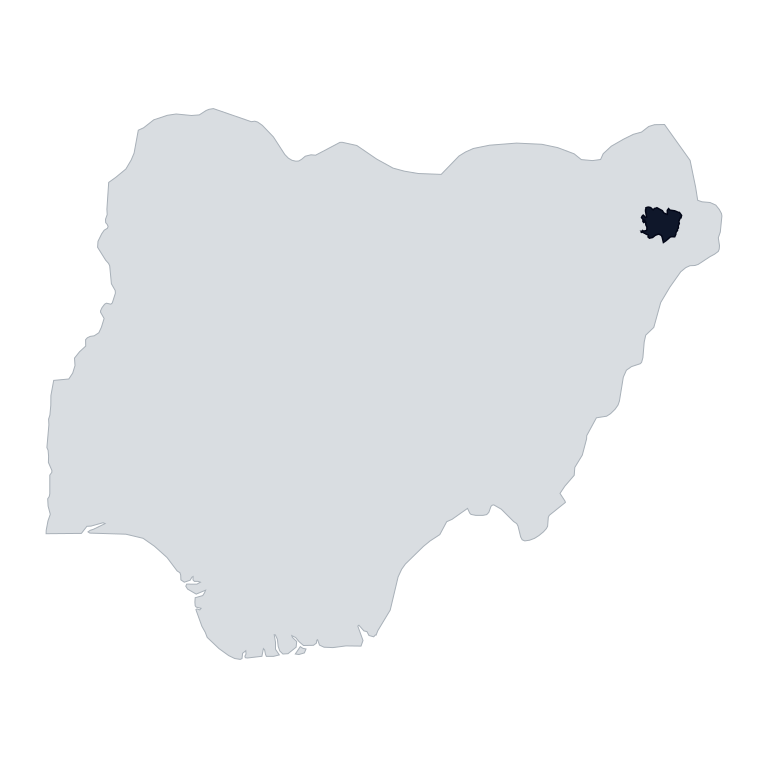 Mafa, Borno, Nigeria (highlighted)
{"feature_id": "59680162B20020413332718", "entity_name": "Mafa", "entity_type": "district", "adm_level": 2, "iso_a3": "NGA", "parent_name": "Nigeria", "parent_adm1": "Borno", "projection": "orthographic", "projection_center": [13.35, 11.959], "detail": "fine", "context": "in_parent", "style": "filled", "palette": "ink", "viewbox_px": 768, "rotation_deg": 0, "n_neighbors": 0, "source": "geoboundaries", "source_scale": "gbopen_adm2", "svg_char_len": 5614}
<svg xmlns="http://www.w3.org/2000/svg" viewBox="0 0 768 768"><path d="M664.5,124.5L690.1,160.4L695.6,187.1L697.7,200.3L702.0,201.8L710.0,202.5L715.8,205.1L719.3,209.5L721.5,213.6L721.9,216.0L720.3,232.0L718.3,237.8L719.5,245.7L719.2,249.1L718.3,251.4L714.7,254.1L709.9,256.7L698.2,264.4L694.9,265.5L690.0,265.7L685.8,267.6L680.7,271.8L669.9,287.1L660.7,302.5L653.8,327.4L645.7,335.2L644.2,342.1L642.9,357.6L641.6,362.3L640.3,363.7L631.5,366.6L626.4,370.2L623.3,377.2L619.4,401.1L618.0,405.1L615.1,409.2L610.5,413.7L606.6,416.2L596.4,417.8L586.7,435.7L586.6,438.8L582.3,455.1L574.8,467.4L574.2,475.3L564.9,486.1L560.0,493.4L565.0,501.1L565.4,502.4L549.3,515.3L548.3,517.3L547.6,526.3L546.3,528.7L543.4,531.9L539.0,535.5L534.6,538.3L529.6,540.2L524.8,540.9L522.2,539.8L520.7,537.0L518.0,526.0L516.7,523.6L513.6,521.5L501.3,509.2L493.8,504.9L492.2,505.2L491.0,506.3L488.8,512.4L486.7,514.6L482.8,515.4L475.9,515.4L471.0,514.4L469.8,513.2L467.5,508.4L452.1,519.3L446.7,521.7L439.8,534.6L430.0,541.0L423.3,546.5L405.4,564.0L401.7,569.2L398.1,576.9L390.2,610.1L377.8,630.7L376.1,635.1L375.4,634.9L373.7,636.8L369.0,635.5L366.9,631.6L363.9,630.9L358.9,625.2L357.8,626.1L363.0,640.5L361.0,646.1L345.9,645.9L332.9,647.6L324.0,647.2L319.5,645.1L317.6,639.7L316.8,640.2L316.4,643.1L313.5,645.3L303.5,645.5L299.1,641.7L295.6,637.5L291.8,635.6L292.4,637.4L296.7,641.5L296.1,647.2L288.0,653.7L282.9,654.0L279.8,651.0L278.2,646.3L277.4,639.3L275.3,634.8L274.2,634.7L275.5,642.3L275.5,649.3L279.3,654.9L273.4,656.4L266.4,656.4L265.5,654.4L264.6,649.9L263.4,648.6L261.9,656.3L247.4,658.0L245.3,657.7L244.9,656.2L246.0,654.1L245.8,650.7L242.6,653.3L242.0,658.6L240.2,659.4L234.7,658.5L228.7,655.6L219.0,648.6L207.2,637.4L205.3,632.4L201.9,626.3L195.9,609.6L197.0,608.9L199.8,609.9L201.1,608.3L196.2,607.1L195.2,605.8L194.9,602.1L195.2,597.7L202.7,595.6L204.5,592.9L205.6,590.2L196.2,594.1L187.6,589.1L185.8,586.2L186.7,584.1L196.8,584.2L200.4,582.2L198.2,581.4L194.4,581.4L193.0,579.9L193.1,576.5L191.9,577.2L190.2,580.2L184.3,582.2L180.9,579.9L180.7,575.0L179.9,572.7L177.1,570.9L167.0,557.5L154.4,546.2L143.1,538.3L125.9,534.2L89.9,533.1L88.0,531.9L90.2,530.3L93.4,529.3L105.1,523.6L103.1,522.7L91.0,526.1L86.9,526.3L81.4,533.4L46.1,533.7L46.2,530.3L48.0,520.8L50.3,514.3L48.1,506.1L47.7,498.8L49.2,496.6L49.8,493.8L49.8,475.1L51.8,472.4L51.9,470.5L48.4,462.4L48.6,456.3L48.1,450.3L46.9,447.6L48.9,424.8L48.6,419.1L49.9,415.1L50.8,405.3L50.9,395.6L53.7,380.4L68.8,379.0L72.7,373.1L75.0,365.6L74.5,358.1L79.6,351.7L85.7,346.1L85.6,339.7L87.3,337.8L90.2,336.4L94.2,335.8L98.8,332.8L101.4,327.3L104.1,318.5L100.5,312.1L100.6,310.7L102.1,307.5L104.6,304.2L106.5,303.2L110.8,304.2L112.3,302.9L115.4,293.2L115.2,290.5L111.4,283.8L109.7,265.8L108.6,263.5L105.6,260.1L97.6,247.3L98.0,241.3L101.7,233.8L104.2,230.2L107.4,228.3L108.1,226.5L107.2,224.4L105.7,222.7L105.5,219.3L107.2,214.6L106.9,209.3L108.7,182.4L115.7,177.4L125.9,169.0L131.2,160.0L134.1,153.1L138.3,130.2L143.6,127.8L153.8,119.8L167.4,115.3L176.2,114.0L191.5,115.5L199.3,114.9L206.1,110.5L209.1,109.3L213.4,108.6L251.3,121.7L254.8,121.2L257.7,122.1L262.4,125.4L273.4,136.9L284.8,154.5L288.4,158.2L292.0,160.3L295.8,161.2L298.7,161.0L301.5,159.4L305.3,156.2L311.0,154.8L315.6,155.2L339.9,142.4L342.2,142.3L356.8,145.5L376.7,159.1L393.0,168.1L404.5,171.2L418.1,173.5L441.2,174.4L459.0,156.0L465.5,152.0L473.3,148.5L489.6,145.2L516.6,143.1L541.9,144.3L557.6,147.6L574.1,153.8L581.3,159.6L592.5,160.6L600.6,159.5L603.2,153.7L611.3,146.2L623.5,139.2L633.4,134.3L641.5,132.1L648.7,126.5L654.5,124.7L664.5,124.5ZM304.4,652.9L298.9,654.5L295.3,654.0L300.3,646.6L302.8,648.3L306.0,649.0L304.4,652.9Z" fill="#d9dde1" stroke="#a8b0b8" stroke-width="1"/><path d="M681.6,215.4L679.4,212.4L678.1,212.3L676.9,211.7L674.7,210.8L669.9,210.1L668.6,208.6L667.3,210.3L667.3,214.4L667.2,214.5L664.1,213.1L663.6,212.7L662.4,210.7L659.6,209.2L656.9,207.7L656.1,208.2L655.0,208.3L654.5,208.5L653.1,209.8L652.1,209.0L650.7,207.6L648.7,207.1L647.7,207.2L647.2,207.3L646.4,207.6L645.8,207.9L645.9,208.5L645.9,209.0L645.8,209.5L645.6,209.6L645.5,211.0L646.6,217.0L645.3,217.4L644.0,215.8L643.2,215.1L642.1,216.2L641.5,217.6L643.0,219.5L642.9,221.5L643.8,222.5L643.9,222.4L644.0,222.4L644.2,222.2L644.3,222.1L644.3,221.9L644.2,220.8L644.3,220.6L644.4,220.4L644.4,220.2L644.5,220.2L644.9,220.3L645.0,220.4L645.1,220.5L645.1,220.8L645.1,221.1L644.9,221.8L644.9,222.1L645.7,222.1L645.7,222.3L645.8,222.4L645.8,222.5L645.8,222.8L645.7,222.8L645.8,223.1L645.7,223.6L645.8,224.1L645.8,224.7L646.1,225.5L646.5,226.2L646.8,226.7L646.8,226.8L646.9,227.2L646.9,227.6L646.9,228.3L646.9,228.7L646.9,229.3L646.6,230.4L645.6,230.7L644.6,230.9L643.1,231.3L643.0,230.8L642.9,230.8L642.8,230.7L642.7,230.6L642.6,230.8L642.4,231.0L642.2,231.0L641.9,231.1L641.7,231.2L641.5,231.3L641.4,231.3L641.5,231.4L641.5,231.5L641.4,231.6L641.2,231.7L641.2,231.8L641.2,232.0L641.3,232.3L641.5,232.3L641.8,232.4L641.9,232.2L642.6,232.2L643.3,232.3L643.6,232.6L644.1,233.1L644.4,233.3L644.9,233.4L645.3,233.5L645.5,233.6L645.8,234.0L647.8,234.9L648.1,234.8L648.2,235.1L648.3,235.2L648.3,235.7L648.5,236.2L648.3,236.6L648.0,236.9L648.1,237.0L648.4,237.0L648.7,237.5L649.4,238.2L650.2,238.0L652.6,237.5L654.2,236.2L655.3,235.3L657.1,234.6L658.9,234.1L661.5,235.5L662.2,237.3L663.4,242.5L665.9,240.8L670.4,236.9L671.9,236.7L674.7,236.8L675.8,234.4L675.9,232.8L676.5,231.5L677.2,230.9L677.5,230.5L677.5,230.0L677.4,229.6L677.4,229.4L677.5,229.2L677.8,228.6L678.4,228.0L678.4,227.4L678.3,226.6L678.3,225.7L679.3,223.6L679.0,222.1L678.8,221.3L680.4,217.7L681.0,217.8L681.6,215.4Z" fill="#0f172a" stroke="#020617" stroke-width="1.5"/></svg>